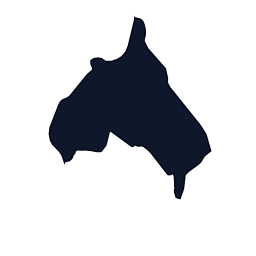 an SVG outline of Mulanje, rotated 146°
{"feature_id": "MWI-1923", "entity_name": "Mulanje", "entity_type": "District", "adm_level": 1, "iso_a3": "MWI", "parent_name": "Malawi", "parent_adm1": "", "projection": "mercator", "projection_center": [35.569, -15.908], "detail": "fine", "context": "isolated", "style": "filled", "palette": "ink", "viewbox_px": 256, "rotation_deg": 146, "n_neighbors": 0, "source": "natural_earth", "source_scale": "10m", "svg_char_len": 2167}
<svg xmlns="http://www.w3.org/2000/svg" viewBox="0 0 256 256"><g transform="rotate(146 128 128)"><path d="M199.8,135.3L197.8,142.7L197.9,147.3L199.5,156.2L199.2,160.8L196.5,167.1L192.3,171.9L172.1,186.0L169.1,187.5L166.6,187.8L161.3,186.8L158.4,186.9L131.7,195.0L125.0,195.7L123.6,197.4L122.8,201.9L120.9,204.6L117.4,204.5L113.7,202.6L111.3,200.4L109.3,195.5L104.7,192.4L98.9,190.8L93.4,190.5L87.1,192.2L81.8,195.8L62.4,213.5L60.7,215.5L60.7,215.4L57.7,212.2L56.7,210.7L56.2,208.1L56.8,205.0L58.8,199.9L60.6,197.1L62.2,195.0L63.8,193.7L66.2,191.2L67.3,182.9L63.9,156.3L67.6,146.9L69.0,145.6L70.4,142.3L70.7,138.1L66.7,89.9L67.0,79.2L72.3,62.8L80.1,62.2L82.4,61.3L86.2,59.4L89.8,58.7L101.5,58.3L105.0,57.7L107.2,57.0L115.4,47.3L117.5,45.5L124.3,40.5L126.4,43.0L126.6,43.5L126.7,44.0L126.1,45.5L125.3,48.4L125.1,48.9L124.9,49.1L124.5,49.9L124.3,50.2L124.0,50.5L123.9,50.6L123.3,50.8L123.1,50.9L121.7,53.7L121.3,54.3L120.9,54.9L120.7,55.2L120.5,55.4L119.9,56.3L116.7,61.8L116.1,63.5L116.0,65.0L116.2,65.3L116.4,65.4L116.7,65.4L116.9,65.4L117.8,65.4L118.0,65.5L118.3,65.6L119.2,65.8L119.4,65.9L119.7,66.1L120.3,66.5L120.5,66.7L120.7,66.9L120.9,67.1L122.7,93.9L123.7,99.4L125.3,104.0L125.8,104.9L126.2,105.3L126.7,105.6L127.3,106.1L127.5,106.3L127.8,106.4L128.0,106.6L128.3,106.8L128.5,107.0L128.8,106.9L129.1,106.9L129.3,107.0L129.9,107.8L130.3,108.1L130.5,108.5L131.0,109.2L131.3,109.9L131.5,110.1L131.8,110.2L132.1,110.2L132.4,110.4L132.6,110.4L133.3,110.1L133.7,110.1L134.0,110.1L134.5,110.2L134.9,110.6L135.5,111.7L143.6,134.2L145.0,136.0L156.0,126.1L163.1,123.7L164.3,124.1L167.5,126.4L171.7,130.6L176.7,134.6L178.5,135.5L181.0,137.5L181.4,137.9L182.4,138.3L183.6,138.6L184.0,138.6L184.4,138.5L184.7,138.3L185.1,138.1L185.4,137.8L185.7,137.4L186.0,137.1L186.4,137.0L187.2,136.8L187.4,136.6L187.7,136.5L188.2,136.4L188.5,136.3L189.8,135.5L190.1,135.2L190.3,134.9L190.7,134.7L191.3,134.6L192.3,134.1L192.8,134.0L193.2,133.9L193.8,134.0L194.2,134.0L194.5,133.8L195.0,133.7L195.5,133.9L196.9,134.7L197.3,134.9L197.6,134.9L198.3,134.9L198.6,135.1L199.0,135.3L199.3,135.4L199.5,135.5L199.7,135.4L199.8,135.3Z" fill="#0f172a" stroke="#020617" stroke-width="1.5"/></g></svg>